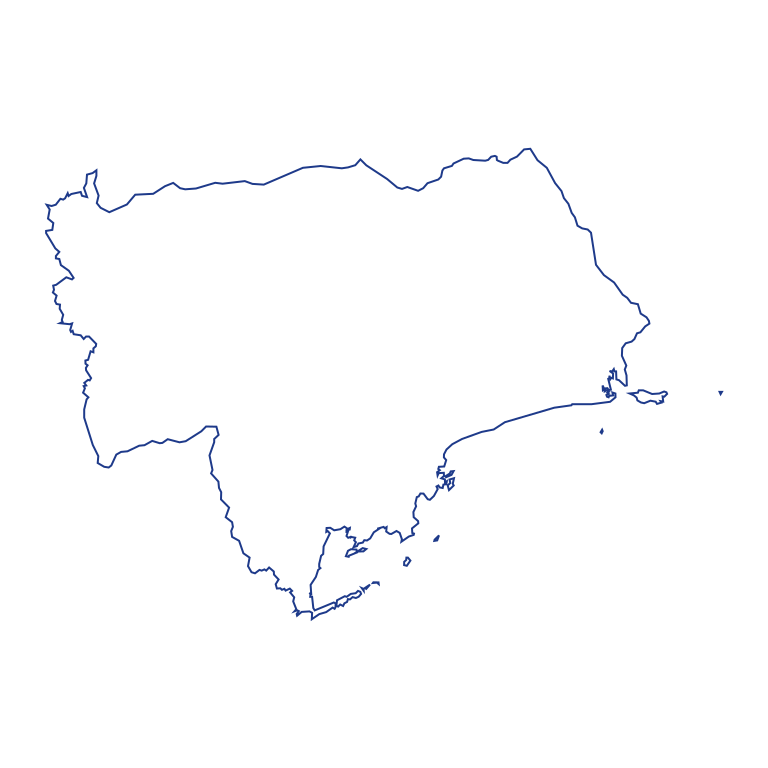 the district of Minahasa Tenggara, Sulawesi Utara, Indonesia
{"feature_id": "22746128B38105670760260", "entity_name": "Minahasa Tenggara", "entity_type": "district", "adm_level": 2, "iso_a3": "IDN", "parent_name": "Indonesia", "parent_adm1": "Sulawesi Utara", "projection": "orthographic", "projection_center": [124.764, 0.982], "detail": "fine", "context": "isolated", "style": "outline", "palette": "blue", "viewbox_px": 768, "rotation_deg": 0, "n_neighbors": 0, "source": "geoboundaries", "source_scale": "gbopen_adm2", "svg_char_len": 6054}
<svg xmlns="http://www.w3.org/2000/svg" viewBox="0 0 768 768"><path d="M297.1,615.7L301.7,611.9L309.5,611.4L312.1,612.8L311.8,619.2L319.3,614.1L326.2,612.1L332.6,607.6L334.6,608.8L335.5,607.3L335.7,603.4L333.8,602.5L314.7,610.4L313.3,608.0L312.1,596.8L310.2,596.8L310.6,594.3L309.4,593.0L311.2,593.8L310.6,584.9L315.9,576.9L318.1,570.0L320.4,568.1L319.2,567.0L319.2,563.9L321.1,555.8L323.2,554.0L323.6,546.4L329.9,533.4L327.7,531.1L326.3,531.9L326.6,528.0L330.3,527.8L334.2,530.3L340.4,529.2L344.4,526.6L347.8,528.9L349.9,527.9L349.7,529.5L346.5,530.1L346.5,531.9L347.9,531.7L346.5,536.0L348.2,537.8L350.2,537.0L350.1,538.3L351.0,536.9L355.2,537.7L354.2,540.4L355.9,542.2L353.6,547.1L357.0,546.1L358.4,543.5L362.8,542.6L364.3,540.2L367.0,540.5L370.2,538.4L373.8,532.3L379.4,528.6L377.2,528.7L383.6,526.9L384.7,528.2L386.6,527.1L386.2,531.5L389.5,533.8L391.3,534.0L396.5,531.0L399.7,532.9L401.9,539.2L401.4,541.7L408.9,536.5L413.7,534.9L414.0,533.6L412.3,533.0L412.0,528.4L418.3,523.3L418.1,521.1L413.7,517.2L413.4,512.0L416.1,506.3L415.3,503.5L416.8,497.1L418.7,496.4L420.4,493.5L423.5,493.6L427.7,499.2L429.9,499.8L433.9,496.0L437.7,489.1L436.5,486.5L438.4,485.5L439.6,487.4L442.7,488.0L443.4,484.6L446.3,484.2L446.8,481.2L445.0,482.3L444.9,479.4L441.3,478.3L444.0,475.9L443.8,472.8L438.7,473.1L437.6,475.5L437.1,472.2L439.8,470.2L438.3,469.0L438.9,466.8L444.2,466.5L446.2,460.1L443.9,457.4L444.0,454.3L446.5,449.5L452.3,444.2L462.2,438.9L481.7,431.9L493.7,429.5L504.9,422.2L554.3,407.7L571.4,405.3L572.2,404.2L591.5,404.2L610.1,401.8L615.5,397.3L615.4,393.5L612.4,392.5L613.1,395.4L609.2,395.9L608.6,397.3L607.0,396.7L606.4,395.0L608.7,393.9L607.3,392.8L608.9,391.8L606.4,390.4L604.8,391.3L605.0,389.3L602.9,390.4L602.6,385.5L604.1,388.5L607.4,388.2L608.7,390.1L610.9,389.7L608.2,378.8L609.4,378.0L609.4,375.7L610.4,379.1L611.3,377.8L612.9,378.4L613.1,373.5L609.6,371.0L612.2,371.4L613.8,369.1L614.4,371.4L616.1,371.4L616.4,379.4L619.0,380.2L625.0,385.8L626.8,385.4L626.5,375.4L624.8,369.5L626.3,365.6L621.9,355.8L622.2,348.1L625.7,343.3L631.6,341.6L634.4,339.1L637.0,333.3L640.4,332.3L645.2,326.4L649.4,323.6L648.9,320.9L646.5,317.3L640.7,313.6L637.9,304.2L631.0,302.8L627.2,297.8L622.7,294.7L614.1,282.5L603.9,275.1L596.0,264.8L591.0,232.7L587.7,229.5L582.2,228.4L577.5,225.7L574.9,217.3L571.7,212.9L568.4,203.8L563.9,198.1L561.5,191.1L555.1,183.1L546.8,167.8L537.5,160.2L530.3,148.8L524.1,149.4L517.0,156.6L510.4,159.7L507.5,162.9L503.3,162.9L498.0,160.7L496.9,160.0L496.6,156.7L494.9,155.9L491.2,156.7L488.2,159.9L485.3,160.7L473.3,160.0L468.8,158.4L463.7,158.7L453.5,163.5L451.9,165.9L444.0,168.3L442.4,170.5L441.1,176.7L438.3,179.5L427.5,183.2L423.2,188.2L418.1,190.8L407.3,187.0L402.0,188.9L397.3,187.5L387.1,179.0L366.3,165.3L360.4,159.4L355.3,165.2L348.0,167.4L341.8,168.3L320.7,166.0L302.9,167.8L263.8,184.6L252.5,183.9L244.8,181.1L222.6,183.7L215.2,182.8L196.0,188.5L185.2,189.3L180.1,188.2L173.2,182.9L165.0,186.2L153.2,193.8L135.2,194.7L126.9,204.5L109.3,212.2L100.6,207.8L96.8,203.1L98.6,195.6L94.1,183.4L96.4,175.9L96.4,170.3L92.6,173.1L87.0,174.6L86.3,183.4L83.9,187.9L87.1,197.1L82.0,195.8L80.7,192.0L71.3,194.0L68.6,196.0L67.7,193.2L65.1,198.3L63.2,199.6L60.4,198.8L55.8,204.7L51.6,206.0L46.7,204.8L49.7,209.5L48.0,218.6L53.3,223.0L52.3,229.9L46.1,230.9L46.1,233.1L55.3,248.4L59.3,251.9L55.9,256.0L55.9,258.4L59.3,259.0L60.9,265.1L68.9,270.8L73.6,277.9L72.0,279.4L66.3,277.3L56.2,284.8L53.2,285.6L54.0,289.8L52.9,292.5L56.6,295.6L55.0,301.0L56.5,304.0L60.0,304.6L59.7,308.8L63.2,314.8L61.8,320.0L62.6,321.9L59.9,323.2L69.6,324.2L72.1,323.4L70.2,330.0L71.0,331.9L72.6,330.8L73.7,334.2L80.7,335.3L83.7,339.0L86.1,336.5L89.0,336.5L96.2,343.9L95.8,346.3L93.4,348.4L93.4,352.3L90.6,351.3L88.1,359.8L85.4,360.5L85.5,363.7L87.6,365.3L85.9,367.9L86.1,370.3L91.1,378.1L89.7,380.4L88.0,379.9L84.3,382.9L86.2,385.5L83.7,386.1L84.9,388.3L83.1,392.7L88.4,397.3L86.6,399.4L84.2,409.4L84.2,417.7L92.8,445.0L98.3,456.1L97.7,463.0L104.2,466.8L108.7,467.5L111.3,465.5L116.3,454.6L121.1,451.9L127.5,451.3L139.2,445.7L144.5,445.2L152.2,440.9L159.7,443.2L162.4,442.9L167.7,439.2L179.5,442.3L185.7,441.2L201.3,431.3L206.1,426.5L216.4,426.7L218.6,434.9L214.2,439.0L214.2,442.2L209.5,455.4L212.5,470.0L211.1,473.4L218.4,481.6L219.0,487.9L221.2,492.2L221.0,499.4L229.1,507.6L225.7,517.2L232.1,522.2L232.9,526.8L231.2,531.1L232.1,536.9L239.1,540.8L243.4,553.3L249.6,557.6L248.0,566.1L251.5,572.2L255.0,573.3L259.5,569.9L261.7,570.6L264.4,569.4L266.2,570.6L269.1,567.5L273.8,571.5L274.0,574.6L278.6,579.5L275.7,584.2L276.9,588.5L280.4,588.3L281.9,589.8L284.4,588.8L285.6,590.6L289.8,588.6L292.1,590.9L290.1,592.4L294.2,597.3L293.2,601.4L296.3,609.2L294.5,611.3L297.2,610.3L298.8,611.1L296.7,614.0L297.1,615.7ZM643.1,390.3L638.8,390.3L637.9,392.7L629.6,393.5L633.9,395.4L636.6,397.6L637.4,400.4L641.0,402.5L644.2,403.2L650.4,400.7L655.7,401.7L657.0,403.9L661.5,402.6L660.5,401.1L663.2,401.6L662.6,396.4L664.3,396.7L667.1,393.9L666.4,392.3L664.1,391.5L659.3,393.5L652.1,394.0L643.1,390.3ZM360.3,591.8L358.0,590.9L355.7,593.2L350.8,593.9L346.7,596.8L344.8,596.2L337.0,600.3L336.4,605.7L338.1,606.6L340.2,604.5L343.1,606.0L344.4,603.3L347.1,601.9L347.9,599.1L350.0,599.4L352.6,597.1L355.9,598.0L358.7,596.7L361.1,593.9L360.3,591.8ZM356.5,549.6L351.0,549.2L348.0,550.8L345.9,556.2L348.7,556.8L349.0,555.7L357.1,552.4L356.5,549.6ZM454.0,478.2L449.5,479.5L450.3,483.0L447.7,485.4L449.0,490.1L453.7,485.5L452.8,483.7L454.0,478.2ZM410.4,560.6L407.9,557.6L406.4,557.6L406.2,560.0L404.2,561.8L404.1,565.1L406.8,565.8L410.4,560.6ZM453.6,471.1L450.7,471.4L449.8,473.5L445.2,476.4L446.1,477.2L451.5,474.9L453.6,471.1ZM366.3,549.0L362.7,548.1L357.4,551.5L363.4,551.4L366.3,549.0ZM434.3,540.9L437.2,540.4L439.0,535.4L434.6,539.7L434.3,540.9ZM366.2,588.9L370.0,584.6L364.9,588.0L366.2,588.9ZM601.7,433.3L602.7,431.2L602.1,429.7L600.6,432.2L601.7,433.3ZM721.9,391.9L719.6,391.9L720.6,394.1L721.9,391.9ZM378.5,582.4L373.4,582.3L372.9,583.0L376.9,582.6L378.7,584.1L378.5,582.4ZM363.6,588.9L361.8,588.1L363.7,590.8L363.6,588.9Z" fill="none" stroke="#1e3a8a" stroke-width="2"/></svg>